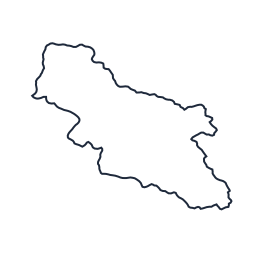 the district of Cachoeira de Pajeú, Minas Gerais, Brazil, rotated 259°
{"feature_id": "56859067B3346078437629", "entity_name": "Cachoeira de Pajeú", "entity_type": "district", "adm_level": 2, "iso_a3": "BRA", "parent_name": "Brazil", "parent_adm1": "Minas Gerais", "projection": "equal_earth", "projection_center": [-41.503, -15.962], "detail": "fine", "context": "isolated", "style": "outline", "palette": "slate", "viewbox_px": 256, "rotation_deg": 259, "n_neighbors": 0, "source": "geoboundaries", "source_scale": "gbopen_adm2", "svg_char_len": 4242}
<svg xmlns="http://www.w3.org/2000/svg" viewBox="0 0 256 256"><g transform="rotate(259 128 128)"><path d="M69.4,130.5L67.5,131.0L66.7,132.8L66.8,134.9L67.2,136.6L67.8,138.2L68.4,140.4L67.6,141.8L66.6,142.8L66.0,144.9L64.3,146.2L62.7,147.2L60.9,148.0L59.6,150.0L58.9,152.6L57.3,154.1L56.1,155.5L55.6,157.8L56.1,160.8L55.2,162.5L53.9,162.8L52.7,163.2L51.3,164.0L50.0,165.0L49.2,166.2L47.6,168.1L45.8,169.4L44.3,170.4L42.4,171.5L40.6,172.2L39.2,172.5L38.0,173.9L37.3,176.1L36.4,178.0L37.0,179.9L37.2,181.7L36.5,183.1L34.8,183.9L34.8,185.9L35.0,187.7L35.3,190.1L35.2,192.6L34.8,195.0L35.6,197.1L36.1,200.3L34.5,201.0L33.2,201.9L31.2,202.8L30.3,204.3L30.8,206.1L31.5,208.8L31.4,211.5L33.0,212.3L34.5,212.6L35.1,214.5L36.5,215.6L37.8,215.2L38.9,214.3L40.6,213.4L42.1,213.7L43.6,214.1L45.8,213.8L46.9,215.9L48.2,215.7L49.7,215.0L51.7,214.3L53.8,213.7L55.2,213.5L56.5,212.6L57.7,211.3L58.6,209.7L59.3,208.2L60.5,206.4L61.6,205.1L62.9,204.2L64.3,203.6L65.7,202.9L67.3,202.4L69.1,202.8L71.2,202.9L72.2,201.3L73.5,199.6L75.0,198.0L76.9,197.8L78.7,197.0L80.5,196.3L81.9,196.5L83.3,196.7L84.3,197.6L85.2,199.5L87.1,198.6L89.2,197.6L90.8,196.9L92.5,196.2L94.1,194.8L96.2,193.1L98.0,192.5L99.6,192.9L101.3,192.6L102.7,190.8L103.6,188.9L105.0,188.0L106.5,189.7L107.2,191.8L107.8,193.5L108.3,195.5L109.0,197.3L109.5,198.9L109.1,201.1L107.8,202.5L106.6,203.9L106.2,206.2L105.2,207.4L104.4,209.3L104.9,211.2L106.4,211.6L107.6,213.2L109.0,214.8L110.7,214.4L112.2,213.0L114.2,211.3L116.2,210.1L118.2,209.3L119.0,210.9L120.2,212.4L121.8,212.5L123.1,210.7L124.1,209.2L124.7,207.5L125.7,206.5L127.1,206.8L128.7,206.9L130.3,207.4L131.7,208.0L132.8,206.8L134.6,206.5L135.8,205.6L136.8,204.5L137.2,202.6L137.2,200.4L137.0,198.7L136.7,196.5L136.6,194.5L137.0,192.9L137.0,190.7L135.8,188.6L135.2,186.8L137.0,185.8L138.7,183.6L140.8,183.1L141.8,181.0L142.8,178.5L144.9,178.1L146.6,176.7L147.7,174.6L148.1,172.9L148.9,170.9L150.1,169.3L151.4,168.1L152.1,166.1L152.8,163.6L154.0,162.2L155.3,161.5L156.2,160.3L156.3,158.1L156.3,155.6L157.7,153.7L158.7,152.1L159.3,150.2L160.6,147.9L160.7,145.9L161.2,143.1L163.4,141.9L164.8,139.6L165.9,138.0L167.1,137.2L168.6,135.9L169.4,133.4L169.6,130.7L170.0,128.0L171.0,126.5L172.7,125.3L174.4,124.6L176.6,124.3L178.2,123.4L179.8,122.8L181.5,123.0L183.1,123.2L185.5,122.1L187.7,121.2L189.5,120.2L189.9,118.6L190.5,116.9L191.9,115.6L193.2,115.8L194.7,116.0L196.0,116.0L197.2,114.3L198.0,112.0L198.3,109.4L199.2,107.3L200.7,106.1L202.5,105.6L203.6,106.2L205.0,107.5L206.3,108.9L207.8,109.3L209.3,109.3L211.3,108.9L212.8,107.9L214.3,106.4L215.4,104.3L216.1,101.8L217.4,100.1L218.6,98.8L218.9,96.6L218.1,94.4L217.5,92.3L218.0,89.9L219.2,88.0L220.0,86.2L220.6,84.0L221.8,82.1L222.5,80.1L222.6,77.9L222.9,75.6L223.9,73.1L224.9,71.5L225.6,70.0L225.7,67.9L224.9,65.9L224.5,64.2L223.1,62.7L221.0,61.9L219.3,60.5L217.9,59.5L216.4,58.5L214.7,58.4L213.1,58.1L211.8,58.3L210.4,57.7L208.5,56.8L206.6,56.6L205.1,57.0L202.7,57.0L201.0,55.5L199.5,54.6L198.3,53.8L197.4,52.7L196.1,52.0L195.0,50.6L193.3,48.1L191.5,46.6L190.0,46.5L188.1,45.9L186.0,45.9L184.7,45.9L183.1,45.8L181.1,45.0L179.6,43.5L178.8,41.9L177.9,40.1L176.2,41.1L174.9,42.8L174.2,44.3L174.0,45.9L174.1,48.4L174.7,51.0L174.2,53.5L172.1,53.2L170.5,53.3L169.2,53.8L167.6,55.1L166.6,57.6L166.3,60.3L165.1,61.0L163.7,61.7L162.3,62.6L160.9,64.1L159.7,66.1L158.8,67.4L157.9,68.7L157.1,70.5L156.2,72.4L154.8,74.7L153.5,76.2L152.5,77.4L151.3,78.6L149.7,80.0L147.9,81.3L146.0,82.0L144.4,81.7L142.9,80.6L141.7,78.9L141.1,77.5L140.2,76.2L138.9,74.6L137.4,73.0L136.0,71.1L134.7,69.4L133.5,68.3L132.0,67.4L130.1,67.2L129.0,67.9L127.7,69.6L126.1,71.4L124.9,72.1L123.1,72.5L122.0,74.1L121.3,75.5L120.5,76.9L119.4,78.3L118.4,79.6L119.3,82.1L120.5,83.8L121.5,84.7L121.9,86.4L120.2,88.0L118.6,89.1L117.3,89.4L115.7,89.8L114.2,91.3L113.3,94.3L113.5,96.3L113.8,98.0L112.4,98.7L110.7,98.4L109.7,97.5L108.4,96.4L107.1,95.7L104.9,95.4L103.1,94.3L102.0,93.3L100.3,92.1L98.5,91.7L97.0,92.4L95.1,92.4L93.5,92.1L92.2,92.2L90.6,92.6L89.1,92.8L88.0,93.8L87.6,95.8L87.1,97.8L86.2,99.9L85.3,101.6L84.5,104.0L83.6,106.4L82.1,109.2L80.9,111.0L80.0,113.0L79.5,115.0L79.2,116.7L79.1,118.7L79.0,120.9L78.3,122.9L77.4,125.0L75.8,126.8L73.6,128.9L71.5,130.1L69.4,130.5Z" fill="none" stroke="#1e293b" stroke-width="2"/></g></svg>